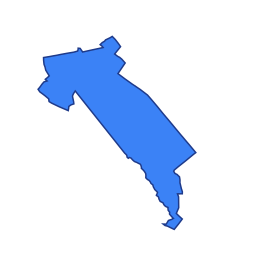 Nakuru Town East, Rift Valley, Kenya (Albers equal-area conic projection), rotated 321°
{"feature_id": "3690345B82942155746957", "entity_name": "Nakuru Town East", "entity_type": "district", "adm_level": 2, "iso_a3": "KEN", "parent_name": "Kenya", "parent_adm1": "Rift Valley", "projection": "albers", "projection_center": [36.106, -0.379], "detail": "fine", "context": "isolated", "style": "filled", "palette": "blue", "viewbox_px": 256, "rotation_deg": 321, "n_neighbors": 0, "source": "geoboundaries", "source_scale": "gbopen_adm2", "svg_char_len": 2216}
<svg xmlns="http://www.w3.org/2000/svg" viewBox="0 0 256 256"><g transform="rotate(321 128 128)"><path d="M106.7,20.1L105.0,22.3L102.8,25.7L101.9,28.4L100.5,31.2L100.0,34.7L99.6,37.9L97.1,38.1L94.4,38.1L94.7,40.5L91.7,39.3L88.8,39.8L84.8,40.9L82.5,41.3L82.2,44.4L83.1,47.8L83.8,50.7L84.7,55.4L83.3,57.8L84.3,60.6L87.9,68.2L90.5,73.1L92.5,76.9L93.3,76.2L94.0,75.6L95.6,74.0L97.6,74.1L98.3,74.2L99.2,74.5L101.1,75.2L102.3,73.3L102.8,72.3L103.2,71.6L104.4,69.2L104.9,68.4L105.5,67.9L107.3,67.0L110.3,66.0L109.6,145.5L109.8,146.6L109.9,148.3L108.9,150.3L109.2,151.7L110.4,151.7L111.4,153.2L111.5,155.7L111.9,158.1L113.1,160.2L113.5,161.0L113.7,161.7L114.7,163.6L114.6,165.0L113.7,167.0L113.0,167.8L113.3,169.5L113.4,171.1L113.4,172.3L113.1,174.5L112.1,176.1L110.5,177.9L110.7,180.2L111.4,182.0L111.4,183.8L111.0,185.5L111.5,187.9L111.0,188.9L110.6,189.9L110.3,191.7L110.1,192.4L110.1,193.1L110.4,195.5L110.5,196.5L109.1,197.5L107.7,198.1L107.8,199.0L108.3,200.3L107.9,201.7L107.4,202.5L106.8,205.3L107.2,206.1L108.1,208.1L107.7,210.0L107.6,211.3L108.1,213.2L109.1,214.9L108.4,215.7L107.4,217.3L107.4,219.6L106.1,221.0L106.1,221.7L106.1,222.6L106.2,224.7L106.2,225.8L106.4,226.8L104.4,226.5L102.1,225.6L101.2,225.3L99.6,225.9L98.2,226.4L97.1,226.7L94.9,224.8L95.4,227.1L96.9,229.1L99.0,233.6L100.1,235.9L106.9,234.4L112.9,232.9L112.2,228.3L111.8,224.8L117.2,221.9L124.0,213.3L125.0,210.3L128.8,213.3L130.1,211.8L131.0,209.6L131.3,208.7L131.7,207.9L132.5,206.2L133.4,204.4L133.7,203.6L134.1,203.0L135.3,201.6L135.7,201.1L136.3,200.1L137.3,198.3L137.1,197.0L136.9,195.0L135.9,192.9L136.3,190.4L137.5,189.8L142.5,189.7L151.8,189.8L162.4,189.7L165.2,189.8L165.1,182.0L164.9,173.5L164.7,164.6L164.6,155.9L164.5,147.5L164.3,138.6L164.3,129.5L164.1,120.5L163.9,114.7L161.7,105.6L158.9,96.5L156.5,87.8L154.4,79.4L166.7,75.7L166.5,70.6L166.1,68.6L166.0,67.9L165.1,65.9L164.2,62.1L173.4,60.1L173.7,56.2L173.8,51.1L173.4,46.9L171.0,46.6L166.0,45.4L164.4,45.8L161.7,45.4L158.8,45.7L159.3,47.9L159.3,49.8L155.3,47.8L148.4,44.3L140.6,40.4L140.9,36.0L139.5,34.6L138.7,35.5L137.3,36.5L133.7,35.0L127.5,31.5L122.0,28.5L118.5,26.7L115.3,24.9L112.3,23.3L109.7,21.8L106.7,20.1Z" fill="#3b82f6" stroke="#1e3a8a" stroke-width="1.5"/></g></svg>